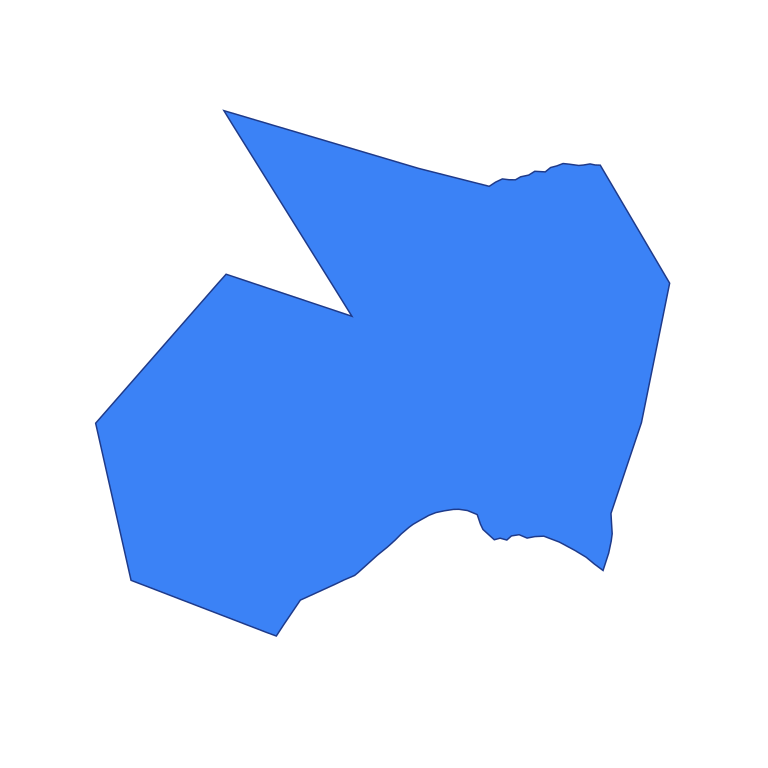 São Miguel do Fidalgo, Piauí, Brazil, rotated 197°
{"feature_id": "56859067B99760501639762", "entity_name": "São Miguel do Fidalgo", "entity_type": "district", "adm_level": 2, "iso_a3": "BRA", "parent_name": "Brazil", "parent_adm1": "Piauí", "projection": "orthographic", "projection_center": [-42.377, -7.594], "detail": "fine", "context": "isolated", "style": "filled", "palette": "blue", "viewbox_px": 768, "rotation_deg": 197, "n_neighbors": 0, "source": "geoboundaries", "source_scale": "gbopen_adm2", "svg_char_len": 1047}
<svg xmlns="http://www.w3.org/2000/svg" viewBox="0 0 768 768"><g transform="rotate(197 384 384)"><path d="M413.3,111.5L409.6,124.3L400.8,152.9L370.9,179.4L365.2,184.7L356.0,192.5L353.4,196.5L340.4,218.2L333.1,229.0L327.7,238.0L323.6,245.8L318.1,254.4L315.2,258.3L310.0,263.9L302.7,271.5L296.8,276.2L289.2,280.4L280.9,284.4L275.7,286.1L267.2,287.4L256.7,286.4L250.8,278.2L246.8,273.8L233.0,267.3L227.9,270.5L220.9,270.7L217.7,276.0L210.7,279.4L202.1,278.5L195.1,282.2L186.7,285.2L170.1,284.1L153.0,280.7L140.2,277.5L130.1,273.3L120.0,269.7L119.7,288.1L120.8,300.3L122.0,307.5L126.0,318.2L129.1,326.6L126.5,422.3L140.3,563.9L241.2,656.5L246.0,655.2L251.3,654.7L257.3,651.7L261.7,649.9L271.0,648.4L277.2,647.2L282.5,643.1L288.0,639.7L291.8,634.0L302.0,631.5L306.7,626.1L313.9,622.1L318.0,617.7L324.1,615.9L330.8,614.7L336.3,609.7L341.2,603.8L414.0,600.3L617.0,598.6L609.2,591.7L604.2,587.3L459.9,461.6L434.5,439.4L567.1,442.8L572.1,432.0L648.3,262.2L568.5,122.3L423.9,112.1L413.3,111.5Z" fill="#3b82f6" stroke="#1e3a8a" stroke-width="1.5"/></g></svg>